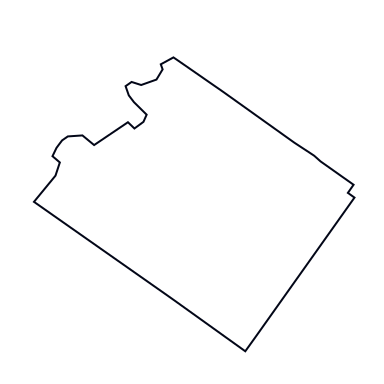 the district of Polk, Oregon, United States of America, rotated 215°
{"feature_id": "52423323B47830259529939", "entity_name": "Polk", "entity_type": "district", "adm_level": 2, "iso_a3": "USA", "parent_name": "United States of America", "parent_adm1": "Oregon", "projection": "orthographic", "projection_center": [-123.256, 44.898], "detail": "fine", "context": "isolated", "style": "outline", "palette": "ink", "viewbox_px": 384, "rotation_deg": 215, "n_neighbors": 0, "source": "geoboundaries", "source_scale": "gbopen_adm2", "svg_char_len": 588}
<svg xmlns="http://www.w3.org/2000/svg" viewBox="0 0 384 384"><g transform="rotate(215 192 192)"><path d="M315.8,93.3L147.8,93.1L147.4,93.1L57.0,92.1L56.8,109.9L55.7,280.6L63.8,280.7L63.8,290.6L104.2,290.8L112.8,291.8L136.5,291.1L223.6,291.9L271.2,291.7L284.4,291.6L290.8,278.7L286.4,275.6L285.6,263.7L295.0,250.5L304.6,247.5L307.1,240.6L299.2,234.9L291.1,232.3L273.5,229.3L272.0,221.6L275.6,211.0L284.5,212.4L299.1,174.3L314.2,175.5L325.6,166.3L328.0,159.8L328.2,154.4L328.3,150.4L326.8,141.3L317.2,140.4L313.2,127.1L315.8,93.3Z" fill="none" stroke="#020617" stroke-width="2"/></g></svg>